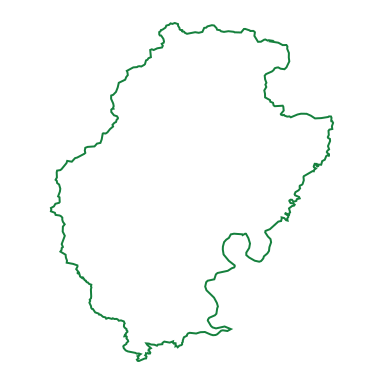 the district of Qhoasing, Mohale's Hoek, Lesotho
{"feature_id": "5366337B8464119840521", "entity_name": "Qhoasing", "entity_type": "district", "adm_level": 2, "iso_a3": "LSO", "parent_name": "Lesotho", "parent_adm1": "Mohale's Hoek", "projection": "mercator", "projection_center": [27.882, -30.022], "detail": "fine", "context": "isolated", "style": "outline", "palette": "green", "viewbox_px": 384, "rotation_deg": 0, "n_neighbors": 0, "source": "geoboundaries", "source_scale": "gbopen_adm2", "svg_char_len": 5921}
<svg xmlns="http://www.w3.org/2000/svg" viewBox="0 0 384 384"><path d="M230.9,329.1L224.6,326.5L216.0,328.4L212.6,327.4L211.0,326.0L207.8,320.6L208.0,319.5L209.2,317.8L214.9,315.3L216.4,313.7L217.2,308.3L217.9,306.5L216.9,303.0L214.0,297.6L206.5,290.3L205.2,286.6L206.2,282.2L207.7,280.7L214.3,279.3L215.9,274.4L217.5,273.0L227.8,270.8L231.7,268.3L234.2,267.4L234.7,266.5L234.7,265.4L228.8,260.8L223.6,254.5L222.8,249.6L222.9,246.6L224.1,242.1L226.2,239.7L228.9,237.9L230.8,234.4L234.0,233.7L242.2,234.3L242.6,235.1L245.2,233.7L246.0,233.8L248.4,238.2L250.0,243.5L249.2,248.0L246.3,252.6L246.3,255.1L249.1,257.5L254.7,260.7L259.2,261.7L261.0,261.1L262.2,259.8L263.3,258.4L263.9,256.4L267.4,253.4L269.0,250.9L269.4,247.2L271.1,242.3L270.5,239.1L267.9,236.5L265.2,232.4L265.5,230.9L269.9,229.2L278.3,221.6L281.1,221.0L281.7,218.6L281.6,217.4L284.3,218.1L286.1,220.2L287.6,220.6L287.2,218.5L288.3,217.0L288.2,215.7L285.3,213.8L285.6,213.2L289.1,214.7L289.4,213.1L290.1,212.3L289.0,208.4L292.1,206.0L294.1,205.6L294.7,204.7L293.4,203.5L290.5,203.0L289.3,200.9L289.5,200.4L290.6,199.7L292.0,199.8L293.4,201.6L294.4,201.5L296.3,200.9L296.8,199.2L299.7,198.4L299.1,197.0L295.1,195.3L294.6,194.2L295.5,192.1L298.6,190.3L300.1,188.3L299.6,187.1L299.8,185.7L302.0,184.7L302.6,184.0L303.8,180.3L303.5,177.0L303.8,176.2L312.6,171.1L313.8,171.3L314.3,169.7L315.9,168.5L314.0,167.3L313.7,166.4L314.7,163.8L316.5,163.9L316.3,165.4L317.3,166.5L318.2,166.1L318.1,164.6L321.2,164.7L322.2,161.1L324.8,159.7L326.2,156.1L327.5,155.3L328.8,155.8L329.0,155.4L329.0,154.2L327.4,153.0L326.8,152.0L327.4,150.8L329.1,149.3L328.0,146.1L330.1,141.0L329.9,138.9L328.2,138.0L327.8,137.1L328.8,135.0L328.5,130.8L329.4,129.6L332.3,129.0L331.9,126.2L333.1,122.9L332.2,121.2L331.4,121.3L331.2,120.9L331.5,117.8L331.0,116.5L329.0,116.4L328.1,117.0L321.2,118.1L315.0,118.4L310.9,115.7L306.6,113.8L301.1,113.7L297.5,114.5L290.8,117.3L289.5,116.4L287.2,116.6L284.5,115.6L284.0,114.9L282.4,115.2L281.1,114.7L280.8,114.1L283.7,110.6L283.3,106.7L282.7,105.7L274.8,106.2L273.6,105.4L273.0,102.8L270.3,101.7L270.0,100.1L265.1,97.4L265.0,93.7L264.3,90.4L266.3,87.0L265.4,84.6L266.4,82.8L265.1,79.3L264.7,75.7L266.0,74.1L271.9,71.5L273.5,70.2L274.7,68.3L276.3,67.7L278.2,67.4L280.6,68.7L284.5,69.2L286.5,67.3L289.3,61.4L288.8,57.5L288.9,53.0L287.2,48.8L287.4,46.4L286.4,45.0L282.7,45.1L278.3,42.7L270.8,41.5L272.0,40.7L268.7,40.2L267.6,40.6L265.4,39.5L264.2,39.7L261.0,41.7L258.0,41.8L254.4,35.9L254.9,32.3L254.4,31.6L253.1,30.9L250.3,31.0L249.7,30.4L245.1,28.9L243.9,29.0L241.1,32.5L234.5,32.3L233.8,31.8L228.4,31.2L224.0,31.9L221.1,31.3L219.9,30.2L217.1,29.7L216.5,28.1L214.1,25.5L211.9,25.2L207.4,26.4L206.3,27.6L204.2,27.9L202.4,31.9L198.8,32.8L195.2,32.2L187.0,33.8L184.7,32.7L184.3,31.9L183.4,31.4L182.6,31.6L182.0,31.2L182.1,30.1L180.3,29.9L179.6,29.2L179.5,28.0L178.1,25.8L178.0,24.1L174.8,23.0L172.4,23.9L170.5,23.4L169.1,24.8L166.3,25.6L165.5,27.6L162.4,29.7L160.9,30.1L160.5,31.3L159.2,32.1L159.3,34.6L160.0,35.5L161.1,35.5L161.8,36.5L163.4,38.9L164.0,41.4L163.7,42.7L161.7,43.8L162.8,45.8L162.0,47.5L157.3,48.3L153.7,50.0L151.8,49.3L150.2,50.0L150.9,57.2L148.5,58.2L147.4,59.8L146.0,60.4L145.0,64.1L144.3,64.8L141.3,66.5L139.6,66.2L138.1,66.4L137.0,67.1L133.3,67.4L126.8,70.9L127.4,72.1L127.8,75.1L126.2,77.1L125.2,79.7L118.8,82.8L117.7,87.5L116.0,91.9L113.2,94.8L111.2,95.5L111.1,98.8L113.2,103.5L113.7,106.1L113.1,107.7L113.5,108.7L112.1,108.9L111.3,109.6L111.3,112.0L114.0,115.3L116.9,116.2L117.9,117.7L117.9,118.6L116.7,119.7L116.0,122.0L114.4,122.8L112.5,124.8L113.1,126.5L110.0,129.1L107.4,132.4L105.7,133.5L103.2,133.3L102.7,133.7L101.7,139.4L100.4,142.9L97.0,143.6L94.5,146.4L87.6,146.9L85.3,147.8L84.8,150.5L85.3,152.9L84.3,153.8L77.1,157.6L75.1,158.1L71.8,161.7L67.2,160.9L66.5,163.1L61.5,169.2L60.3,170.1L57.1,170.6L56.7,172.3L56.9,177.5L55.6,179.8L56.7,180.7L57.2,183.1L59.1,184.5L60.3,188.7L59.9,191.6L58.1,196.4L59.5,197.3L59.7,202.0L59.1,202.8L55.4,203.8L53.9,206.4L50.9,208.0L51.3,209.5L50.9,211.3L54.9,212.8L55.6,214.9L59.6,215.5L61.1,216.3L62.3,217.6L62.3,219.8L62.9,221.8L64.7,224.3L62.9,226.6L62.7,231.6L64.8,235.8L61.7,244.1L62.9,247.0L61.7,248.1L61.6,249.8L60.4,251.6L65.6,254.7L65.9,257.6L67.0,260.6L66.7,262.7L73.1,263.9L77.4,265.4L77.5,266.6L76.2,269.1L78.4,271.9L78.5,272.5L77.7,272.8L77.7,273.3L78.7,273.7L79.2,273.3L80.1,276.5L81.8,277.8L82.3,277.3L83.2,277.6L83.2,278.6L84.2,279.1L84.6,280.1L85.9,280.7L85.9,281.3L87.0,282.3L87.9,282.5L89.1,283.9L91.3,284.7L91.0,286.6L91.4,287.3L90.9,289.5L91.2,296.4L91.0,298.2L89.7,299.8L90.2,300.9L89.4,302.7L91.0,306.1L91.2,307.8L92.0,308.9L92.9,309.0L95.2,312.4L98.7,313.6L99.1,314.6L100.6,314.7L103.0,316.8L105.5,317.4L106.2,318.7L108.4,317.9L111.9,318.9L112.7,318.3L114.5,319.0L116.6,318.9L117.8,319.5L118.8,320.7L121.0,320.4L123.8,321.4L124.7,323.5L124.1,324.2L123.9,326.3L124.5,327.5L126.5,329.1L126.5,330.1L127.4,331.1L127.4,331.9L126.2,332.9L125.7,334.4L125.0,334.6L124.4,336.3L126.2,336.2L126.8,336.8L126.5,338.5L127.9,340.2L128.2,341.4L126.5,343.0L126.3,344.0L123.7,345.7L123.3,346.3L123.8,348.2L125.7,350.4L127.8,351.4L135.5,352.9L136.6,353.6L138.9,353.5L140.6,354.1L139.2,355.1L139.1,355.7L137.5,356.2L138.5,358.4L136.9,359.6L137.6,360.8L138.9,361.0L144.5,358.6L146.1,358.4L146.5,356.5L145.2,355.3L145.8,354.8L146.0,353.3L146.7,353.6L147.8,353.0L148.6,353.6L150.0,353.5L150.3,352.7L149.3,351.0L148.5,350.6L148.7,349.4L150.9,348.2L147.2,344.8L146.3,343.4L148.9,343.6L151.0,344.5L154.3,344.7L157.0,345.7L158.0,344.6L162.3,344.2L162.5,342.9L164.3,341.6L169.7,342.6L173.0,341.4L172.8,342.6L173.9,343.6L174.6,343.1L175.6,343.3L175.5,346.1L176.2,345.6L177.7,347.3L179.4,345.6L181.4,345.1L182.1,344.4L182.1,342.7L182.8,341.9L182.8,340.5L183.9,337.3L186.9,335.7L187.1,334.6L187.9,333.5L189.7,332.8L196.2,333.5L200.4,332.2L204.9,332.0L210.6,334.5L213.0,335.2L215.6,335.0L217.3,334.2L221.1,330.7L222.8,330.3L227.4,331.0L230.9,329.1Z" fill="none" stroke="#15803d" stroke-width="2"/></svg>